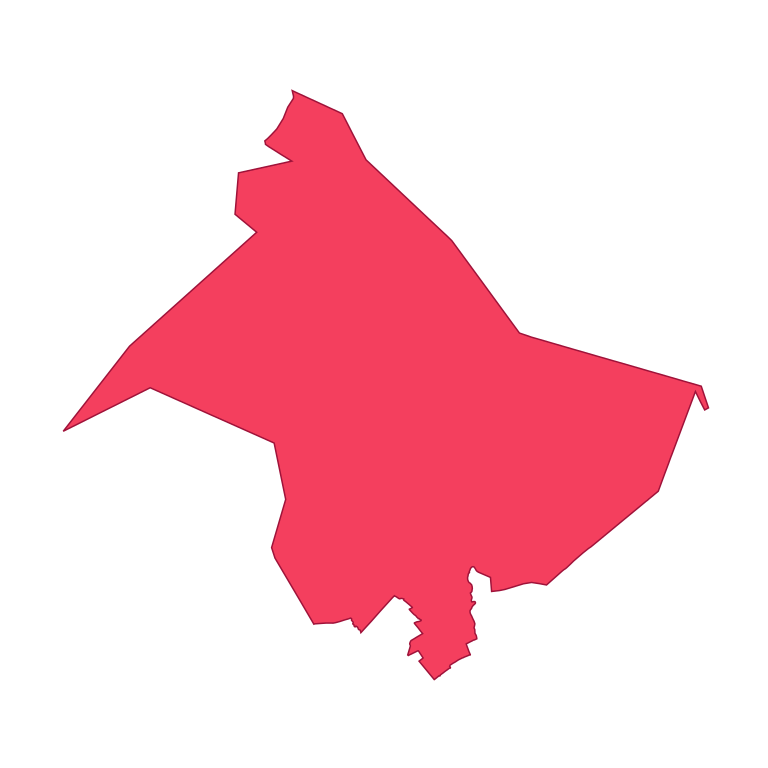 Santa Bárbara, Chihuahua, Mexico (Mercator projection), rotated 87°
{"feature_id": "50627088B80786091806362", "entity_name": "Santa Bárbara", "entity_type": "district", "adm_level": 2, "iso_a3": "MEX", "parent_name": "Mexico", "parent_adm1": "Chihuahua", "projection": "mercator", "projection_center": [-105.704, 26.798], "detail": "fine", "context": "isolated", "style": "filled", "palette": "rose", "viewbox_px": 768, "rotation_deg": 87, "n_neighbors": 0, "source": "geoboundaries", "source_scale": "gbopen_adm2", "svg_char_len": 4739}
<svg xmlns="http://www.w3.org/2000/svg" viewBox="0 0 768 768"><g transform="rotate(87 384 384)"><path d="M415.5,63.8L402.8,67.3L401.6,70.7L396.9,84.4L391.1,101.0L385.3,117.8L385.0,118.7L373.3,152.4L373.1,153.1L366.8,171.3L358.7,194.7L351.1,216.5L346.1,230.9L345.5,232.7L344.9,234.4L340.2,246.1L315.6,262.2L287.4,280.6L263.6,296.2L262.1,297.2L261.5,297.6L261.0,297.9L244.4,308.8L240.7,312.2L220.4,331.7L159.2,390.2L132.2,402.4L119.4,408.1L111.9,411.5L88.3,456.4L86.2,460.3L91.8,459.3L94.0,459.5L102.5,465.6L113.6,470.7L123.7,477.7L129.3,483.5L132.9,487.5L135.0,490.3L137.1,489.9L138.5,489.8L141.1,486.5L149.6,474.5L156.6,464.4L165.5,518.2L206.7,523.9L225.8,503.2L332.9,636.1L414.4,706.8L375.5,617.7L404.1,561.7L406.7,556.6L437.2,496.8L494.1,488.2L541.5,504.8L552.1,502.0L596.6,478.8L620.2,466.6L619.9,465.8L619.7,454.5L620.1,447.2L619.8,444.9L618.9,440.7L617.5,435.5L616.7,431.9L616.3,430.5L616.1,430.1L616.0,429.6L616.3,429.1L616.6,428.7L617.2,428.6L617.5,428.7L617.8,428.9L618.1,428.8L618.5,428.7L618.9,428.3L619.5,427.8L620.3,427.3L621.0,427.3L621.6,427.7L622.0,427.6L622.4,427.4L622.6,426.9L622.9,426.7L623.3,426.6L624.1,426.5L624.7,426.2L625.0,425.6L624.9,425.1L624.5,425.0L624.4,424.8L624.5,424.4L625.1,423.5L625.3,423.2L625.9,423.0L626.6,422.6L627.3,422.5L627.8,422.2L628.1,421.8L628.3,421.1L628.6,420.7L629.0,420.5L629.7,420.4L631.1,420.1L620.3,409.1L610.4,399.4L598.3,387.2L597.9,386.8L596.0,384.7L596.5,384.2L596.8,383.4L597.3,382.6L597.9,381.9L599.0,380.4L599.3,379.8L599.3,379.1L599.1,378.8L599.0,378.4L599.0,377.9L599.3,376.5L599.6,375.7L599.8,375.4L600.3,375.6L600.5,375.7L601.1,375.4L602.4,373.8L605.1,370.9L608.3,367.6L608.6,367.4L608.9,367.6L609.7,369.3L610.1,370.3L610.2,370.5L610.5,370.5L610.9,370.2L612.6,368.8L614.4,367.3L616.0,365.8L616.6,364.9L617.2,364.3L618.5,363.4L619.6,362.3L620.2,362.0L620.2,361.9L620.1,361.3L620.2,361.0L620.4,360.8L620.8,360.6L621.1,360.3L621.4,359.5L621.7,359.2L621.9,359.2L622.2,359.3L622.4,359.7L622.8,360.7L623.0,361.8L623.2,363.6L624.1,366.1L624.4,366.2L624.7,366.1L626.1,365.1L629.0,362.9L632.4,360.6L635.3,358.5L636.9,361.5L638.5,364.6L640.0,367.3L641.5,370.2L642.0,370.7L642.8,371.2L644.0,371.7L644.7,371.9L645.1,371.9L645.7,371.7L646.3,371.5L646.7,371.4L647.0,371.4L647.3,371.5L647.7,371.6L655.8,374.5L656.4,373.9L656.3,373.6L656.0,373.1L655.6,372.2L655.4,371.7L655.1,370.9L654.7,370.0L652.2,364.1L652.2,363.8L652.3,363.6L659.6,359.3L659.8,359.4L662.6,363.5L681.8,349.3L681.6,348.9L678.4,344.5L678.3,344.3L678.4,344.0L678.5,343.8L678.4,343.6L678.4,343.4L678.2,343.2L677.8,343.1L677.5,342.9L676.7,341.8L675.7,340.2L674.4,338.4L671.4,333.8L671.2,333.4L671.1,332.8L671.1,332.6L670.8,332.5L670.3,332.6L669.9,332.8L669.5,333.1L669.4,333.2L669.2,333.1L668.6,332.9L668.2,332.7L667.0,330.6L666.4,329.6L665.4,327.5L665.2,327.2L665.0,326.8L664.6,326.2L664.2,325.5L663.8,324.8L663.2,323.8L662.9,322.9L662.4,321.9L662.2,321.3L661.7,320.3L661.6,319.6L660.8,317.8L660.2,315.9L659.5,313.9L659.1,313.2L659.2,312.6L659.1,312.1L658.9,312.0L658.6,312.0L658.4,312.1L658.1,312.3L657.6,312.4L656.1,313.0L654.6,313.5L651.9,314.3L650.4,314.8L648.2,315.4L647.8,315.5L647.6,315.3L647.4,314.7L647.2,313.9L646.8,313.2L646.4,312.3L645.8,311.0L645.2,309.5L644.5,308.2L644.4,307.6L644.3,307.0L644.1,306.5L643.8,305.9L643.6,305.4L643.4,304.7L642.9,304.6L640.3,305.0L639.0,305.5L637.8,306.2L633.9,306.2L632.4,306.8L631.9,306.8L631.4,306.6L629.2,306.0L628.2,305.8L625.6,306.5L623.3,307.5L620.1,308.7L618.3,309.6L616.7,310.0L615.1,310.0L614.1,309.5L612.7,308.3L611.2,307.7L609.8,306.5L608.7,305.1L607.9,304.3L607.3,304.1L606.5,304.3L606.1,304.6L605.9,305.5L606.1,306.8L606.2,307.6L605.9,307.9L605.5,308.0L604.4,308.1L603.4,307.8L602.4,307.4L601.8,307.3L601.0,307.4L599.4,308.1L597.9,308.5L597.4,308.7L597.2,308.7L596.8,308.3L596.4,307.6L595.9,307.2L595.0,306.9L594.4,306.9L593.0,306.5L590.8,306.6L589.1,307.0L588.4,307.6L587.3,308.5L586.9,309.3L585.8,310.0L584.1,310.6L582.6,310.7L581.3,310.6L580.0,310.1L579.1,310.0L577.8,309.6L577.2,309.1L577.0,308.7L576.6,308.5L576.4,308.5L576.0,308.7L575.7,308.6L574.3,307.9L573.0,307.4L572.7,307.2L571.8,306.4L571.1,305.4L571.1,304.5L571.3,303.8L572.1,303.2L573.4,302.4L574.4,302.0L575.2,301.5L576.1,300.7L577.0,299.3L582.4,288.4L582.7,287.8L596.8,287.4L596.3,279.4L595.5,274.1L591.5,257.9L590.8,255.2L589.9,246.9L590.0,246.6L591.5,239.2L593.2,232.2L580.0,215.7L578.7,213.9L578.3,213.1L577.9,212.4L577.0,211.2L575.9,209.9L573.6,207.2L570.6,203.8L563.2,194.3L559.5,189.2L558.7,188.0L557.4,185.8L532.3,152.0L516.6,130.8L514.8,128.4L513.9,127.0L512.6,125.4L509.2,120.8L505.4,115.7L489.0,108.7L478.0,103.9L475.8,103.0L471.1,101.0L470.3,100.6L443.2,88.8L407.8,73.4L418.1,69.0L426.7,65.1L424.8,61.2L415.8,63.7L415.5,63.8Z" fill="#f43f5e" stroke="#9f1239" stroke-width="1.5"/></g></svg>